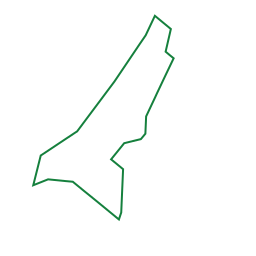 Ameland, Netherlands (Equal Earth projection), rotated 309°
{"feature_id": "6326949B94267238588526", "entity_name": "Ameland", "entity_type": "district", "adm_level": 2, "iso_a3": "NLD", "parent_name": "Netherlands", "parent_adm1": "", "projection": "equal_earth", "projection_center": [5.771, 53.406], "detail": "fine", "context": "isolated", "style": "outline", "palette": "green", "viewbox_px": 256, "rotation_deg": 309, "n_neighbors": 0, "source": "geoboundaries", "source_scale": "gbopen_adm2", "svg_char_len": 546}
<svg xmlns="http://www.w3.org/2000/svg" viewBox="0 0 256 256"><g transform="rotate(309 128 128)"><path d="M92.9,150.1L93.0,134.6L113.8,134.6L127.5,145.0L134.5,145.1L148.4,134.8L169.2,129.7L172.7,128.8L190.0,124.6L210.9,119.6L210.9,114.4L211.0,109.2L226.6,101.6L231.9,99.0L232.0,88.7L232.1,78.3L211.2,83.4L200.1,84.3L155.7,88.2L93.3,90.6L91.6,90.0L51.7,77.5L23.9,90.4L37.8,98.2L46.7,111.7L47.2,112.5L51.5,118.9L51.4,133.8L51.4,148.7L51.3,163.6L51.2,178.5L58.1,175.9L65.1,170.7L92.9,150.1Z" fill="none" stroke="#15803d" stroke-width="2"/></g></svg>